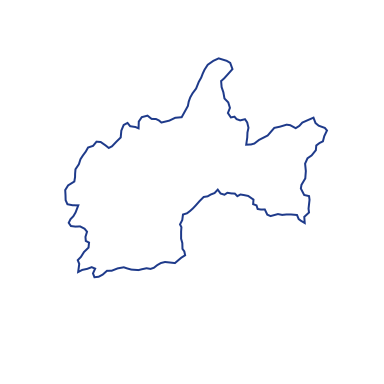 Tapiratiba, São Paulo, Brazil, rotated 33°
{"feature_id": "56859067B91878871299734", "entity_name": "Tapiratiba", "entity_type": "district", "adm_level": 2, "iso_a3": "BRA", "parent_name": "Brazil", "parent_adm1": "São Paulo", "projection": "equal_earth", "projection_center": [-46.735, -21.456], "detail": "fine", "context": "isolated", "style": "outline", "palette": "blue", "viewbox_px": 384, "rotation_deg": 33, "n_neighbors": 0, "source": "geoboundaries", "source_scale": "gbopen_adm2", "svg_char_len": 2483}
<svg xmlns="http://www.w3.org/2000/svg" viewBox="0 0 384 384"><g transform="rotate(33 192 192)"><path d="M135.9,76.7L135.9,82.5L136.5,86.8L137.4,91.0L137.7,95.9L139.1,103.0L138.7,108.9L139.0,113.6L140.0,117.9L141.7,122.1L142.6,134.9L137.5,138.9L134.1,144.5L128.5,150.4L125.3,150.0L122.1,150.4L118.3,152.7L113.1,152.2L109.1,156.6L109.0,161.9L112.5,167.7L109.2,168.3L104.3,170.5L100.3,169.2L98.2,173.0L99.3,179.0L102.5,185.1L101.2,190.9L100.0,197.3L98.2,200.4L94.1,200.0L88.2,199.8L84.5,201.8L83.9,207.2L80.6,211.3L80.9,216.0L80.6,220.7L80.6,225.2L82.0,230.3L81.9,236.4L84.0,240.3L85.8,243.2L87.6,247.3L84.5,253.9L84.6,259.4L87.6,263.5L90.5,267.7L94.2,270.1L99.2,268.1L103.9,265.1L105.5,272.6L105.7,276.9L104.9,281.0L105.4,285.0L109.0,286.5L113.1,284.5L116.9,281.8L121.9,281.3L125.6,282.5L127.1,287.7L129.6,290.9L133.2,290.5L135.5,295.0L134.1,301.1L134.2,306.9L133.3,311.4L136.6,313.7L138.3,317.3L140.1,321.1L142.4,317.1L146.0,313.5L148.8,309.7L152.5,309.0L153.3,314.2L156.6,316.6L159.9,313.9L162.1,309.9L163.6,304.4L167.5,301.8L171.3,296.5L175.8,292.3L179.3,291.4L183.4,290.1L189.7,286.6L192.0,284.1L195.4,280.7L199.1,279.1L201.3,276.3L202.7,272.2L204.6,268.5L207.5,265.4L212.6,262.8L216.4,260.9L218.8,252.9L220.7,248.8L217.9,246.0L215.0,244.9L211.7,240.1L208.3,237.1L204.4,231.1L202.3,227.3L199.6,225.7L199.1,220.8L196.7,215.8L199.4,212.6L200.7,209.0L201.7,205.3L202.4,201.5L203.3,195.5L204.5,189.8L207.5,187.1L209.1,183.9L211.5,180.6L212.3,176.0L216.8,177.7L220.7,176.6L222.1,173.4L225.9,171.7L228.8,170.0L232.3,170.8L234.0,167.7L237.2,166.3L241.3,164.7L247.7,164.9L249.9,168.9L253.4,168.1L256.3,170.5L259.3,169.2L262.6,167.0L267.5,170.0L271.0,169.4L276.1,163.7L280.1,162.1L283.2,159.6L287.5,156.8L292.6,154.1L296.2,156.6L299.1,156.8L303.4,156.6L299.7,151.7L301.3,145.5L298.8,142.5L294.8,134.5L292.4,131.7L287.7,133.4L281.4,129.8L279.9,126.4L279.6,118.9L276.1,112.5L271.4,106.6L270.5,100.8L272.4,96.2L273.1,89.5L270.9,85.3L272.3,81.4L274.2,78.2L272.5,73.1L271.7,66.9L268.5,65.9L262.1,67.4L258.0,66.9L253.4,63.5L249.7,69.1L246.7,73.7L246.0,78.1L244.2,82.0L237.9,82.5L234.7,84.0L230.2,89.3L226.1,93.4L224.7,103.4L219.9,111.7L217.9,117.4L215.6,120.0L211.7,122.8L208.7,116.3L206.1,111.9L204.4,107.4L200.4,103.6L196.8,102.1L193.4,105.7L189.7,106.6L186.6,105.7L184.0,108.3L179.1,106.2L178.0,100.8L173.6,97.1L168.3,95.9L164.0,91.3L159.7,87.9L156.0,83.1L157.1,79.1L159.0,66.9L153.7,62.9L149.6,63.1L141.6,65.4L138.5,70.3L135.9,76.7Z" fill="none" stroke="#1e3a8a" stroke-width="2"/></g></svg>